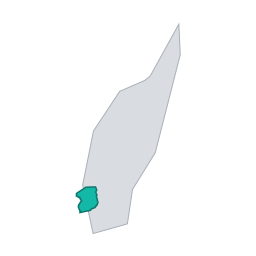 Imul, Aimeliik, Palau (highlighted), rotated 6°
{"feature_id": "81905179B52447266125366", "entity_name": "Imul", "entity_type": "district", "adm_level": 2, "iso_a3": "PLW", "parent_name": "Palau", "parent_adm1": "Aimeliik", "projection": "robinson", "projection_center": [134.509, 7.414], "detail": "fine", "context": "in_parent", "style": "filled", "palette": "teal", "viewbox_px": 256, "rotation_deg": 6, "n_neighbors": 0, "source": "geoboundaries", "source_scale": "gbopen_adm2", "svg_char_len": 2014}
<svg xmlns="http://www.w3.org/2000/svg" viewBox="0 0 256 256"><g transform="rotate(6 128 128)"><path d="M137.4,223.4L104.3,236.6L88.9,189.3L94.0,134.5L115.9,92.4L139.7,78.9L144.6,74.1L167.7,19.4L172.3,49.6L157.7,149.7L138.9,188.6L137.4,223.4Z" fill="#d9dde1" stroke="#a8b0b8" stroke-width="1"/><path d="M83.8,201.1L84.0,201.1L84.3,201.1L84.5,201.1L84.8,201.3L84.9,201.5L85.0,201.5L85.4,201.6L85.7,201.8L86.1,202.1L86.3,202.0L86.2,202.1L86.3,202.2L86.4,202.3L86.5,202.3L86.6,202.2L86.9,201.9L87.0,201.9L87.4,202.0L87.6,202.5L87.7,202.8L87.7,203.0L87.8,203.1L87.9,203.3L87.9,203.5L88.0,203.6L88.2,203.8L88.3,204.1L88.5,204.3L88.7,204.5L88.8,204.6L89.0,204.6L89.2,204.9L89.2,205.1L89.3,205.3L89.2,205.3L89.2,205.5L89.0,205.8L88.9,206.1L88.6,206.4L88.5,206.6L88.4,206.7L88.4,206.8L88.3,207.0L88.2,207.1L88.2,207.3L88.2,207.5L88.0,207.8L87.9,208.0L87.8,208.3L87.7,208.4L87.6,208.5L87.5,208.8L87.4,208.9L87.4,209.0L87.2,209.2L87.1,209.3L87.0,209.5L87.0,209.8L86.9,210.1L86.9,210.3L86.9,210.6L86.9,210.9L86.8,211.0L86.9,211.4L86.9,211.5L87.0,211.6L87.0,211.8L87.0,212.0L87.1,212.3L87.2,212.5L87.6,213.1L87.7,213.3L87.8,213.5L88.0,213.8L88.1,214.0L88.2,214.3L88.2,214.5L88.3,214.6L88.5,214.9L88.5,215.0L88.7,215.3L88.9,215.3L88.9,215.5L89.0,215.6L89.0,215.8L89.2,216.0L89.3,216.0L89.2,216.2L89.3,216.2L89.4,216.3L89.4,216.5L89.5,216.7L89.6,216.8L89.5,217.0L94.9,215.2L99.3,213.8L99.5,213.5L99.6,213.3L99.7,213.0L99.9,212.7L100.0,212.3L100.1,212.0L100.3,211.9L100.6,211.9L100.8,211.9L101.6,211.6L102.1,211.4L102.6,210.9L102.9,210.7L103.2,210.6L103.5,210.6L103.8,210.1L103.8,209.8L103.9,209.4L104.4,209.2L104.4,208.6L104.7,208.3L104.9,207.9L105.4,207.7L105.4,207.1L105.4,206.7L105.8,206.1L105.8,204.6L105.4,204.0L105.1,202.8L104.9,202.4L104.7,201.8L104.4,200.9L104.2,200.3L103.7,199.6L103.7,198.8L104.2,198.0L103.7,197.1L102.9,195.8L102.7,194.7L102.8,194.1L103.4,193.5L103.3,193.0L102.1,190.3L101.6,190.0L92.3,191.3L83.7,198.4L83.9,198.7L83.7,199.2L83.8,201.1Z" fill="#14b8a6" stroke="#0f766e" stroke-width="1.5"/></g></svg>